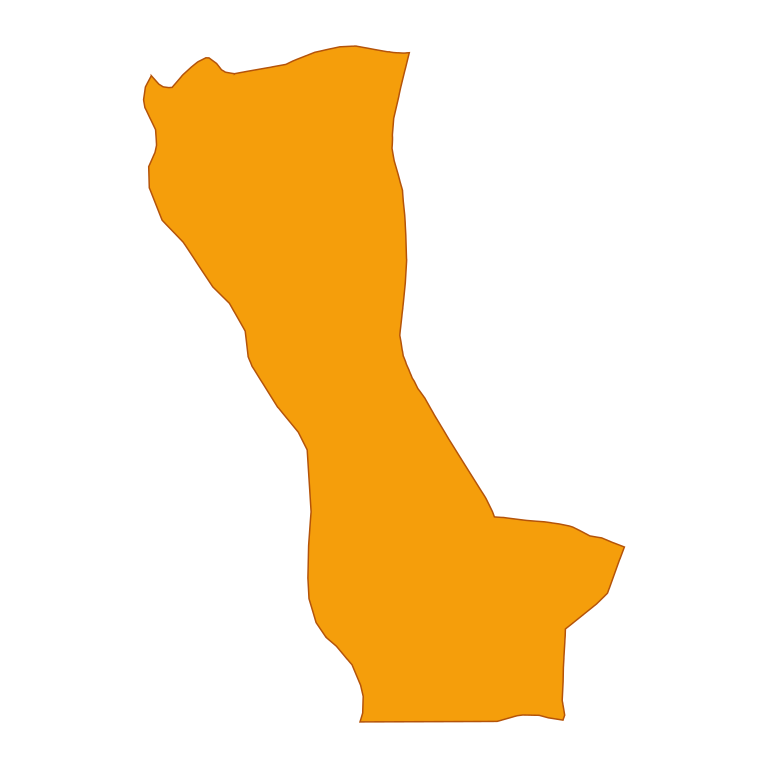 Kota Palangka Raya, Kalimantan Tengah, Indonesia
{"feature_id": "22746128B5087893857208", "entity_name": "Kota Palangka Raya", "entity_type": "district", "adm_level": 2, "iso_a3": "IDN", "parent_name": "Indonesia", "parent_adm1": "Kalimantan Tengah", "projection": "robinson", "projection_center": [113.758, -2.011], "detail": "fine", "context": "isolated", "style": "filled", "palette": "amber", "viewbox_px": 768, "rotation_deg": 0, "n_neighbors": 0, "source": "geoboundaries", "source_scale": "gbopen_adm2", "svg_char_len": 4703}
<svg xmlns="http://www.w3.org/2000/svg" viewBox="0 0 768 768"><path d="M151.3,75.7L151.3,75.8L147.3,83.3L145.4,87.0L145.2,88.4L144.4,94.1L143.6,99.5L143.6,99.8L143.9,101.8L144.9,107.6L146.2,110.1L150.2,118.6L150.3,118.7L155.3,129.1L155.6,129.7L155.6,129.8L155.6,130.1L156.1,137.3L156.3,140.4L156.4,142.5L156.5,143.8L156.5,145.6L156.1,147.4L155.0,152.5L153.2,156.4L153.2,156.5L149.4,165.1L148.7,166.6L149.3,187.9L150.0,189.5L161.2,217.9L162.2,220.3L164.5,222.7L164.6,222.8L165.8,224.1L166.0,224.3L168.7,227.1L171.5,230.0L173.9,232.5L174.4,233.0L183.2,242.2L183.8,243.1L184.8,244.6L185.0,244.8L193.6,257.8L195.8,261.2L196.3,262.0L198.0,264.6L200.7,268.7L212.8,286.9L223.1,297.1L229.4,303.3L231.7,307.3L231.8,307.5L232.6,308.9L233.2,310.0L235.3,313.6L243.7,328.4L243.8,328.6L245.2,331.1L246.2,339.5L248.1,356.0L248.1,356.6L249.8,360.8L250.2,361.7L250.3,361.8L252.1,366.4L254.0,369.3L255.6,371.9L260.0,379.0L263.8,385.0L264.1,385.4L264.1,385.5L277.4,406.8L277.8,407.3L278.6,408.1L281.1,411.2L281.2,411.3L282.8,413.3L298.3,432.2L307.2,449.9L307.2,450.0L308.5,470.8L309.6,488.0L311.1,512.0L311.0,512.8L310.4,520.6L308.7,544.4L308.6,546.2L308.1,569.5L307.9,578.0L308.1,581.7L309.0,598.7L313.1,612.4L316.1,622.6L325.7,636.8L326.0,637.0L325.9,637.1L326.0,637.3L336.4,646.2L347.2,659.2L347.3,659.2L350.4,662.9L352.0,664.7L360.6,685.2L363.0,695.5L363.2,696.4L362.7,713.0L360.9,719.0L360.0,721.9L478.2,721.5L478.3,721.5L497.1,721.4L501.8,720.1L502.3,719.9L503.1,719.7L503.8,719.5L513.3,716.8L513.5,716.7L517.3,715.7L522.7,715.0L529.5,715.1L532.5,715.2L539.1,715.3L548.3,717.8L563.0,720.1L563.4,718.9L563.6,718.2L564.1,717.0L564.2,716.5L564.7,715.2L563.6,708.5L563.1,705.6L562.9,704.6L562.7,702.9L562.5,702.2L562.2,700.4L563.1,681.7L563.4,666.8L563.5,666.0L563.5,665.9L563.5,665.7L563.5,665.2L563.9,658.5L563.9,657.4L564.8,642.5L564.8,642.3L564.9,640.0L565.2,635.7L565.4,629.0L565.5,628.9L567.6,627.2L567.8,627.1L594.6,605.5L594.9,605.3L596.6,603.9L597.2,603.3L601.2,599.4L604.8,595.9L605.0,595.6L606.4,594.3L607.5,593.1L609.1,588.7L609.3,588.3L619.8,559.0L620.0,558.8L620.5,557.4L624.4,547.0L624.1,546.9L614.0,543.0L613.4,542.8L612.1,542.3L601.7,537.9L597.9,537.3L589.8,535.9L586.0,533.8L585.6,533.7L585.4,533.6L585.0,533.3L581.0,531.2L572.8,527.1L569.3,526.0L559.0,523.9L551.7,522.9L550.9,522.7L544.3,521.8L537.4,521.3L537.2,521.3L526.2,520.4L518.2,519.4L506.4,517.9L503.7,517.5L501.1,517.4L498.4,517.2L498.1,517.2L494.4,516.9L492.4,511.5L486.1,498.7L484.7,496.3L483.1,493.8L481.1,490.7L468.6,470.8L458.7,455.0L456.4,451.3L452.3,444.7L448.9,439.3L444.6,432.0L435.8,417.4L435.7,417.4L435.7,417.2L435.5,416.9L435.4,416.8L435.1,416.3L435.1,416.2L434.4,415.1L433.1,412.7L430.4,408.0L425.1,398.6L425.0,398.4L424.8,398.0L424.6,397.8L419.7,391.0L417.8,388.5L414.3,381.3L412.2,378.0L411.0,374.9L410.9,374.8L409.2,370.7L409.0,370.0L407.0,365.6L406.3,364.0L405.6,361.7L403.7,356.9L403.2,355.9L403.2,355.6L402.8,353.1L402.5,351.2L402.2,350.1L401.0,342.0L399.8,335.5L399.8,335.2L400.2,331.0L400.7,326.8L401.8,316.8L402.1,313.8L402.1,313.7L402.8,308.2L402.8,307.5L403.1,304.9L403.5,301.2L405.3,283.0L406.5,262.7L406.6,260.6L406.6,259.7L406.6,259.4L406.6,259.2L406.5,258.6L406.3,251.8L406.1,245.4L405.8,235.2L405.3,225.7L405.2,222.9L404.7,215.0L403.3,201.5L402.7,193.6L402.5,190.6L402.5,190.2L402.4,190.0L402.3,189.7L401.5,186.7L401.1,185.5L400.8,184.3L400.1,181.9L399.9,181.2L399.6,179.9L398.0,173.9L397.5,172.2L394.2,160.8L393.4,156.4L392.3,149.9L392.0,148.3L392.3,144.3L392.5,139.8L392.5,136.8L392.4,136.7L392.4,134.6L393.2,124.9L393.7,118.5L393.7,118.4L398.8,96.5L399.3,93.8L401.0,86.1L401.1,85.9L401.2,85.4L401.6,83.8L401.6,83.7L404.7,71.1L405.6,67.7L408.5,55.9L409.3,52.7L406.2,52.9L405.8,53.0L403.9,53.1L403.2,53.1L398.3,52.8L398.0,52.8L397.8,52.8L397.3,52.8L395.7,52.7L393.2,52.5L391.4,52.2L390.9,52.2L389.5,51.8L389.4,51.8L388.6,51.8L387.6,51.8L384.7,51.3L374.0,49.4L367.2,48.1L363.7,47.5L359.4,46.7L357.6,46.4L356.7,46.2L356.2,46.1L355.8,46.1L354.2,46.1L353.7,46.2L351.8,46.2L350.4,46.3L350.2,46.3L342.1,46.7L340.0,46.8L339.9,46.8L331.5,48.6L331.4,48.6L325.9,49.8L321.6,50.8L314.8,52.3L297.0,59.3L293.9,60.6L293.6,60.7L293.1,60.9L285.9,64.4L272.2,66.9L270.4,67.3L266.2,68.0L246.3,71.5L243.7,72.0L239.8,72.7L234.6,73.7L234.5,73.8L234.5,73.7L231.7,73.3L225.5,72.2L225.3,72.1L223.9,71.2L221.5,69.8L219.5,67.2L216.6,63.5L209.0,57.9L208.9,57.9L207.8,57.9L206.8,57.8L205.8,57.8L205.7,57.9L205.1,58.2L204.7,58.4L198.5,61.5L197.5,62.1L193.5,65.3L192.2,66.4L191.9,66.6L191.3,67.1L186.6,71.4L183.2,74.5L181.8,76.0L181.2,76.8L175.3,83.7L175.2,83.8L173.2,86.1L172.2,87.4L171.9,87.4L170.3,87.5L169.1,87.6L168.8,87.6L168.7,87.6L164.2,87.0L163.1,86.8L158.9,84.2L151.3,75.7Z" fill="#f59e0b" stroke="#b45309" stroke-width="1.5"/></svg>